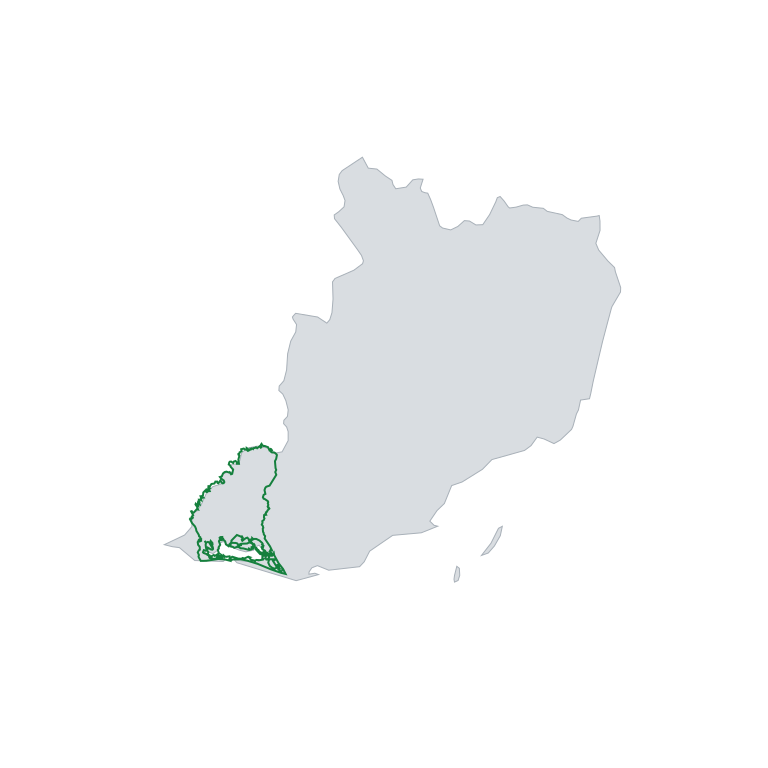 location of Puerto Lempira, Gracias a Dios, Honduras, rotated 150°
{"feature_id": "27666195B20969327250579", "entity_name": "Puerto Lempira", "entity_type": "district", "adm_level": 2, "iso_a3": "HND", "parent_name": "Honduras", "parent_adm1": "Gracias a Dios", "projection": "equal_earth", "projection_center": [-84.066, 15.172], "detail": "fine", "context": "in_parent", "style": "outline", "palette": "green", "viewbox_px": 768, "rotation_deg": 150, "n_neighbors": 0, "source": "geoboundaries", "source_scale": "gbopen_adm2", "svg_char_len": 8719}
<svg xmlns="http://www.w3.org/2000/svg" viewBox="0 0 768 768"><g transform="rotate(150 384 384)"><path d="M654.6,354.7L632.1,352.9L621.6,356.6L616.9,364.7L612.9,368.3L609.6,367.5L602.9,370.7L592.8,377.9L583.6,380.7L575.5,378.9L573.1,380.7L572.4,383.1L571.2,385.4L568.0,386.6L564.4,386.0L560.3,383.4L558.2,384.5L557.9,389.2L555.7,390.5L551.6,388.3L546.9,390.0L541.6,395.6L534.3,396.8L524.9,393.6L517.6,387.5L512.4,378.4L506.2,376.2L495.3,382.9L490.8,390.7L489.8,395.5L490.8,399.8L488.8,402.7L483.8,404.2L479.9,409.5L477.3,418.7L476.7,425.9L478.3,430.9L475.8,434.6L469.1,436.9L461.3,444.9L452.3,458.4L443.3,467.8L434.4,473.2L430.0,479.2L430.3,485.7L429.8,487.8L428.1,488.5L425.2,489.4L408.0,475.2L403.1,465.3L398.8,466.8L393.4,471.8L385.7,483.0L377.5,498.2L373.6,499.9L353.2,497.6L342.4,498.9L340.2,501.0L339.2,506.6L339.8,514.0L342.6,540.8L344.2,551.9L342.6,555.3L337.1,555.8L330.0,557.4L326.0,562.4L325.1,567.6L324.7,574.9L322.4,582.4L318.0,587.8L313.6,589.7L289.3,591.2L289.7,578.8L282.7,573.7L278.8,563.4L275.3,556.4L276.5,552.2L276.2,547.2L266.3,543.4L257.0,546.4L251.7,544.4L247.8,541.8L254.6,535.6L255.1,531.9L252.9,529.2L250.7,527.4L251.4,520.5L252.8,512.3L256.7,493.2L255.3,489.8L249.2,484.1L241.3,483.5L232.7,485.3L228.5,482.4L224.9,475.8L218.8,472.6L207.8,477.9L196.2,485.8L192.7,488.7L189.7,488.3L188.5,482.4L187.9,475.4L187.2,473.6L181.1,471.1L173.9,469.3L170.2,467.4L166.8,462.7L158.2,456.5L156.3,451.9L144.9,441.5L142.6,436.3L140.0,432.5L134.5,427.7L130.2,428.9L115.6,422.9L113.4,422.3L115.5,417.1L120.1,409.0L130.2,399.9L131.1,392.6L128.6,378.6L126.1,369.6L127.5,365.5L130.8,349.2L133.2,345.4L147.8,337.1L149.1,336.0L160.6,324.5L173.4,311.6L186.7,297.5L201.5,281.7L209.6,272.5L213.4,268.5L221.8,271.8L228.6,264.3L232.4,261.8L241.5,252.9L244.3,250.9L259.3,247.3L266.6,247.4L272.9,256.4L277.9,261.4L287.5,257.1L295.5,256.2L328.3,264.6L341.4,260.9L365.4,260.1L376.2,262.2L391.5,250.3L401.3,247.9L412.9,242.3L411.3,236.6L408.6,234.0L426.1,236.5L452.2,248.6L480.0,246.4L490.1,239.9L496.5,238.0L525.0,250.4L532.5,260.0L538.4,260.9L542.9,258.7L544.1,256.8L538.5,254.7L536.0,251.7L558.4,257.6L600.7,302.7L601.6,306.4L583.5,293.0L574.0,294.0L571.5,296.2L572.0,303.5L572.9,306.9L577.0,307.3L580.0,305.3L587.5,307.7L592.4,312.5L598.4,320.0L602.0,328.0L605.9,328.2L609.7,323.3L616.9,322.7L621.6,328.2L624.9,327.8L620.3,319.4L609.4,311.1L612.0,310.7L636.1,325.7L643.0,344.6L648.6,348.9L654.6,354.7ZM371.0,192.6L357.0,201.8L352.7,201.6L359.1,194.5L369.4,188.5L378.2,185.5L385.3,186.8L371.0,192.6ZM418.7,182.9L412.1,189.7L410.9,186.7L414.1,180.4L418.1,176.8L422.0,177.2L421.0,179.9L418.7,182.9Z" fill="#d9dde1" stroke="#a8b0b8" stroke-width="1"/><path d="M563.9,300.4L564.6,309.9L563.0,311.7L563.3,313.8L562.6,315.5L562.7,316.4L561.3,319.4L560.4,319.8L559.9,321.9L560.2,323.3L558.6,324.5L558.0,326.1L556.2,326.3L554.7,327.4L554.7,328.4L553.4,330.4L551.5,329.7L551.5,331.0L550.7,331.2L550.4,331.9L549.0,331.9L548.3,332.7L545.6,333.4L545.6,334.7L546.1,334.9L546.0,336.1L544.6,337.1L544.3,338.8L543.3,339.6L543.2,340.7L545.0,344.4L545.6,344.8L545.5,346.5L543.6,348.2L541.7,348.1L540.5,351.9L538.6,353.5L537.3,353.9L533.9,353.2L522.7,359.2L522.2,362.1L520.3,363.5L520.0,365.3L517.0,371.7L514.8,373.1L512.3,376.0L512.2,376.7L513.1,379.3L515.3,380.8L515.8,381.9L515.6,382.8L514.2,382.7L514.3,384.0L514.7,384.5L516.3,384.0L516.0,387.2L518.3,390.0L519.4,390.5L520.0,392.3L520.0,393.4L520.9,393.0L521.9,390.5L522.6,390.5L522.9,392.3L526.0,391.8L526.5,393.2L527.7,393.1L529.0,393.7L529.9,393.1L530.6,394.3L531.8,393.9L532.2,394.7L533.1,394.0L535.3,394.1L535.6,395.0L534.3,395.5L535.0,397.2L535.5,396.4L536.7,396.4L537.2,396.7L537.7,398.2L540.3,398.9L540.9,397.0L543.3,397.0L544.1,396.0L545.1,396.2L545.4,395.6L545.0,394.3L547.9,391.4L549.5,387.4L551.3,388.5L550.5,389.9L551.1,391.6L552.9,391.9L554.1,391.0L555.2,393.3L556.5,393.8L557.3,393.4L558.7,391.9L558.0,390.7L558.2,388.8L557.4,385.4L560.4,382.1L561.6,382.3L561.7,384.9L562.5,384.9L564.3,386.9L566.1,387.4L568.2,387.0L570.6,385.1L572.6,385.5L572.3,383.4L571.0,380.6L571.3,378.9L572.5,378.3L573.7,378.8L574.1,382.2L577.1,380.8L577.6,381.5L577.3,382.9L578.8,383.8L580.6,382.6L583.4,383.7L585.8,382.5L587.1,383.3L587.7,382.4L586.9,380.7L588.3,380.5L588.5,378.4L589.1,378.7L589.2,380.2L590.0,379.0L590.6,379.1L590.1,380.9L590.5,381.5L591.0,381.2L591.0,379.4L591.4,379.0L591.9,379.4L592.2,381.1L594.7,380.4L596.3,378.2L597.9,378.0L599.0,378.5L599.1,377.6L597.5,376.9L597.2,375.9L599.5,376.7L600.3,374.6L600.9,375.8L602.1,376.4L602.8,373.9L603.3,373.9L603.9,374.9L604.7,374.0L603.6,372.6L603.8,371.9L604.8,373.3L606.6,372.9L606.9,374.4L607.5,373.9L607.3,371.6L605.8,371.8L605.7,371.2L607.6,370.2L607.8,368.3L608.7,369.2L612.9,367.8L614.1,368.2L614.1,370.0L614.7,370.1L614.9,365.7L616.5,365.4L616.4,363.8L617.0,363.5L617.8,364.3L618.6,363.5L619.2,364.3L619.6,364.1L619.8,359.4L618.9,355.2L619.2,352.6L619.9,350.7L619.8,346.1L620.3,344.5L619.7,343.2L620.1,341.8L621.8,341.7L621.6,341.0L620.1,340.8L620.8,339.6L622.6,339.8L623.4,340.8L624.4,340.2L625.4,337.6L625.0,335.2L626.3,332.6L627.5,332.6L629.5,331.3L629.8,328.4L630.8,327.5L631.1,326.4L631.1,322.4L626.4,319.8L615.0,315.3L609.5,311.6L605.4,307.6L605.1,308.6L605.5,308.5L605.6,309.6L604.5,310.4L605.4,309.5L605.2,308.9L604.3,309.9L603.9,312.0L607.0,313.2L608.1,314.2L608.5,315.4L609.0,314.5L610.3,317.2L610.8,314.9L611.5,316.6L613.4,316.6L611.8,317.2L613.0,317.8L613.5,318.8L615.8,317.2L610.7,313.7L619.7,318.2L620.0,319.1L622.0,320.5L621.9,321.8L621.1,323.0L622.1,323.9L622.9,325.9L624.7,327.8L624.9,328.8L623.1,330.2L621.9,329.0L619.6,329.3L620.2,330.7L618.9,333.9L617.8,335.1L617.7,337.8L617.5,335.6L615.5,335.3L614.7,334.4L614.6,329.2L613.4,331.1L613.5,333.8L612.6,334.7L612.1,332.2L612.8,330.6L614.1,329.6L613.8,328.4L614.5,326.6L615.4,326.3L616.6,327.2L618.7,330.9L619.4,331.0L620.0,330.5L619.3,329.2L620.5,328.4L620.2,326.3L622.0,324.2L620.7,322.9L620.2,319.5L619.9,321.1L616.9,321.0L616.5,319.7L613.0,319.8L613.0,318.6L611.7,319.7L610.9,323.5L609.3,324.2L608.9,325.3L606.3,326.6L605.6,330.3L604.9,330.9L603.7,330.8L603.1,333.8L603.0,331.5L603.5,330.5L602.5,329.8L602.0,330.0L602.2,330.7L601.8,330.9L601.7,331.7L601.4,330.2L601.6,332.9L600.6,332.4L601.1,331.7L600.6,330.5L601.0,329.8L600.2,327.1L601.1,324.2L599.6,321.0L598.8,321.3L598.2,322.4L595.9,323.0L597.6,321.1L597.8,319.8L596.4,318.7L595.6,317.0L592.6,316.4L591.3,315.3L590.3,313.4L588.1,312.0L584.3,308.2L583.4,307.7L583.6,308.6L583.2,309.0L582.8,308.2L583.0,307.5L579.4,306.8L579.1,307.4L579.6,307.3L579.9,308.4L581.2,308.9L579.5,308.9L578.4,307.8L576.9,308.3L576.6,309.4L577.6,310.0L577.1,310.5L577.8,310.7L578.2,312.3L580.0,314.2L582.3,314.3L587.7,317.1L588.8,317.2L588.9,316.5L587.6,315.6L589.4,316.2L591.7,316.0L591.7,316.6L590.0,316.4L589.8,317.3L590.7,317.9L590.8,319.3L591.9,320.5L595.0,322.4L595.1,323.7L594.4,324.7L586.9,326.8L584.3,323.5L583.2,323.1L583.2,321.8L583.9,321.9L583.6,320.3L584.8,320.2L584.6,319.4L586.0,318.9L581.1,319.6L579.2,319.3L578.8,317.8L579.4,314.5L578.0,312.7L577.4,311.1L578.2,314.4L577.6,316.1L575.8,315.6L575.2,316.5L575.0,315.8L576.1,314.9L574.0,314.8L572.1,313.7L570.1,310.7L569.0,307.4L569.0,306.2L569.8,305.9L569.2,304.3L570.3,303.2L570.6,304.2L571.6,303.8L571.9,301.7L570.4,299.1L570.4,296.7L569.4,296.1L569.1,294.7L568.0,294.3L568.4,293.8L568.0,293.3L565.9,293.2L565.9,294.7L566.8,296.1L565.0,297.2L564.2,296.2L563.9,300.4ZM564.2,268.7L563.9,274.4L564.9,281.5L564.7,290.6L564.0,292.6L566.6,291.2L567.9,291.8L569.1,293.0L570.8,297.6L572.4,298.7L573.4,297.1L572.7,296.4L572.2,296.6L572.5,297.2L571.6,296.9L571.1,294.2L570.2,293.7L569.8,292.8L570.2,291.3L571.3,290.7L573.1,290.4L573.7,290.9L573.5,292.5L572.7,293.9L571.1,293.9L571.6,294.8L574.7,295.5L575.1,296.2L577.0,293.0L576.0,292.6L576.5,292.4L579.6,293.5L582.6,295.5L584.4,294.9L584.5,295.9L587.0,298.2L587.6,301.1L586.8,301.0L587.9,302.3L592.2,302.7L593.4,304.0L594.7,303.9L597.4,305.5L601.8,310.3L603.9,310.0L604.8,307.9L602.6,307.6L596.2,304.2L590.8,299.5L583.1,291.1L574.5,279.9L567.9,272.3L567.5,272.1L567.1,272.9L567.2,273.6L566.4,273.1L567.5,271.9L564.2,268.7ZM567.7,274.1L567.5,275.1L568.1,276.0L568.1,276.7L567.3,277.4L567.3,279.5L567.0,279.7L566.4,278.9L566.2,280.0L568.2,280.6L568.8,278.7L570.8,278.6L572.6,280.5L573.9,283.5L573.6,287.1L571.7,289.1L570.4,289.2L568.7,288.3L568.1,287.2L567.7,287.7L566.8,287.2L566.7,286.2L568.6,286.2L568.4,280.9L566.2,280.4L566.0,279.9L566.4,278.3L567.2,279.3L566.7,276.4L567.9,276.5L567.3,274.9L567.7,274.1ZM565.0,273.9L564.7,274.5L564.2,273.6L564.4,273.5L565.0,273.9ZM576.3,298.6L574.4,297.1L573.8,297.5L573.9,298.3L575.8,301.1L575.8,302.9L576.5,304.3L576.5,305.9L577.0,306.3L577.7,304.9L576.3,298.6ZM574.9,296.4L573.8,295.5L572.5,295.8L574.6,297.2L574.9,296.4Z" fill="none" stroke="#15803d" stroke-width="2"/></g></svg>